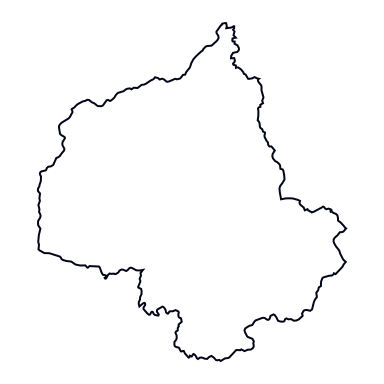 the district of Huu Lung, Lạng Sơn, Vietnam
{"feature_id": "81297802B35079403712963", "entity_name": "Huu Lung", "entity_type": "district", "adm_level": 2, "iso_a3": "VNM", "parent_name": "Vietnam", "parent_adm1": "Lạng Sơn", "projection": "mercator", "projection_center": [106.335, 21.575], "detail": "fine", "context": "isolated", "style": "outline", "palette": "ink", "viewbox_px": 384, "rotation_deg": 0, "n_neighbors": 0, "source": "geoboundaries", "source_scale": "gbopen_adm2", "svg_char_len": 5915}
<svg xmlns="http://www.w3.org/2000/svg" viewBox="0 0 384 384"><path d="M82.8,101.4L78.1,103.9L75.9,105.7L74.3,107.5L71.7,109.1L71.6,109.5L72.4,111.2L72.4,112.4L69.7,117.3L68.5,118.5L61.6,122.7L60.0,124.3L59.1,125.8L59.0,127.5L60.0,133.8L61.1,135.0L64.4,136.9L64.9,137.7L64.8,138.5L62.8,141.7L62.3,143.2L62.5,145.3L64.4,148.8L64.2,150.4L61.8,153.2L59.6,156.3L58.3,157.2L56.3,158.0L53.3,164.9L50.8,166.4L49.0,166.6L47.9,167.0L46.8,168.1L46.2,169.8L45.7,170.4L41.4,171.4L40.5,172.1L39.9,173.0L39.9,174.1L41.0,176.6L40.9,180.1L40.6,181.9L39.7,184.3L39.3,186.4L38.1,188.4L37.9,189.7L38.1,191.3L39.7,193.0L40.0,193.7L39.4,198.3L39.9,200.9L38.4,205.1L39.4,209.1L39.1,212.2L40.2,214.1L40.6,216.0L40.1,217.8L38.4,220.5L38.0,221.9L38.2,225.2L40.4,228.7L38.9,234.8L38.3,240.9L38.3,242.2L39.0,244.8L38.5,249.3L39.6,250.4L44.4,253.1L49.3,253.2L59.7,256.5L60.4,257.0L61.6,259.1L62.7,259.9L66.5,261.0L71.3,261.6L75.5,264.5L80.1,265.5L85.3,265.4L87.3,267.6L87.8,267.7L89.5,266.1L98.9,266.5L99.9,267.8L101.5,272.3L102.6,274.3L103.0,274.8L105.7,275.3L106.2,275.8L105.9,277.0L104.7,277.9L105.2,278.6L105.7,278.6L106.2,278.3L108.0,275.0L109.6,273.5L111.5,273.9L113.8,273.6L115.0,274.1L115.8,274.0L118.3,272.5L119.5,270.6L121.4,269.6L122.9,269.6L126.2,271.0L127.4,270.3L129.6,268.0L130.9,267.7L132.1,268.0L136.3,270.3L139.9,270.5L143.0,269.9L140.5,273.1L141.0,275.5L139.6,278.9L140.3,280.8L140.3,281.7L138.1,287.1L138.4,287.6L141.1,288.9L141.6,290.9L141.5,294.1L140.1,297.2L140.0,299.6L138.8,302.1L138.8,304.2L139.4,306.5L143.1,303.3L144.6,302.9L145.1,303.7L145.2,304.9L143.5,307.7L143.5,309.1L147.7,313.8L149.2,314.8L150.0,314.6L151.3,312.1L152.1,311.7L152.8,312.0L153.7,313.9L154.6,314.8L157.3,315.5L158.4,315.5L158.8,314.5L156.9,311.7L157.0,310.1L157.7,309.3L162.5,306.6L163.3,306.9L164.7,308.4L165.5,309.9L166.1,312.4L167.4,313.6L168.2,313.5L169.5,311.4L173.0,311.2L175.6,310.1L178.3,311.4L178.8,312.4L178.3,314.5L178.6,316.7L179.1,317.4L181.1,318.4L181.7,321.8L178.8,324.3L178.5,325.4L178.8,326.2L177.8,327.9L177.7,330.5L176.0,331.6L175.5,332.3L175.6,333.3L176.6,335.3L176.7,338.1L176.3,339.6L174.4,342.0L174.4,344.8L174.8,346.1L175.6,346.8L178.9,347.7L180.8,351.3L181.3,351.5L183.1,350.9L183.8,351.0L184.9,353.4L188.6,357.6L189.4,357.3L189.9,355.7L191.7,356.5L193.1,354.3L193.5,354.0L194.6,354.6L195.9,356.2L196.9,358.2L198.0,359.0L199.8,357.7L201.3,357.5L202.7,357.8L204.8,358.7L207.2,358.9L208.8,357.2L211.4,355.9L213.7,357.5L216.1,360.1L217.3,360.3L219.3,359.9L220.7,361.0L225.0,358.4L228.2,358.0L229.2,357.5L236.3,350.0L240.3,350.2L241.3,349.4L244.5,351.1L247.9,349.7L250.4,349.6L251.5,349.2L253.0,347.9L253.6,346.7L253.7,345.1L253.3,343.4L253.8,341.3L252.4,338.8L247.9,337.0L247.1,336.3L245.2,332.7L244.5,330.7L244.8,329.3L245.5,328.2L249.4,325.8L252.3,325.0L254.5,321.5L255.7,320.4L261.8,318.1L263.1,317.8L264.5,317.9L267.2,319.7L268.5,319.8L269.6,318.8L270.5,315.9L273.5,314.4L274.6,314.9L276.3,317.2L278.0,320.7L280.1,321.5L282.7,321.7L283.9,321.4L284.5,320.8L285.1,319.2L286.3,318.4L288.4,319.3L291.1,319.1L293.8,320.7L296.4,320.5L298.9,319.3L302.5,316.0L302.6,315.3L302.0,313.7L303.7,310.7L305.0,310.1L307.0,310.0L310.2,310.8L312.1,309.3L313.9,302.0L315.0,299.5L316.9,297.1L316.3,292.8L318.1,290.3L318.8,287.4L320.9,286.1L321.1,281.5L322.5,278.0L323.4,277.4L328.9,275.8L331.9,275.5L333.7,274.2L334.0,273.3L335.6,274.1L342.4,266.9L343.7,264.4L345.8,261.9L343.7,260.1L342.6,258.5L340.2,253.6L339.2,250.4L335.9,246.3L334.1,243.1L333.6,241.6L333.6,239.7L334.6,237.8L337.4,235.4L339.8,232.3L342.2,232.0L343.5,231.5L346.1,228.4L345.3,228.0L343.9,226.0L340.3,222.2L338.3,220.9L338.0,220.1L338.0,218.1L337.3,215.1L335.7,213.8L333.3,212.9L331.8,211.6L330.7,211.8L330.5,211.1L331.4,210.7L331.6,210.2L330.9,209.4L328.3,208.6L327.1,209.1L326.0,209.1L325.2,208.6L324.1,207.1L323.4,206.7L322.8,206.7L322.0,207.4L313.7,211.8L311.7,212.4L311.2,211.8L310.0,211.5L309.4,210.9L308.3,210.5L307.5,209.2L304.8,210.3L303.7,207.5L300.2,204.6L299.7,203.6L299.5,203.0L300.0,200.9L297.9,199.9L293.0,198.5L290.3,198.3L285.6,198.4L281.1,199.3L279.8,192.3L279.5,188.2L280.3,185.8L282.4,183.1L284.5,179.5L284.2,175.3L283.4,170.9L282.6,169.4L280.4,168.8L280.1,165.6L279.4,164.2L277.3,162.2L275.2,161.1L273.1,158.6L272.3,156.1L272.7,153.9L274.8,150.5L271.4,146.4L269.5,146.5L268.7,145.7L268.2,144.8L267.9,142.4L266.6,140.9L264.6,136.9L264.5,135.1L265.1,133.0L264.8,132.4L263.0,131.6L262.2,129.2L260.2,127.7L259.9,126.8L259.6,123.4L258.9,121.6L257.7,120.4L258.3,116.2L258.4,111.4L258.0,108.5L258.6,107.5L260.4,106.9L260.3,104.8L263.0,103.2L262.2,100.8L263.3,98.0L263.4,97.1L261.5,90.3L261.5,86.8L261.2,85.3L259.1,82.8L258.0,81.0L258.1,79.4L258.9,78.8L256.9,78.3L254.6,77.1L252.0,78.4L248.8,78.9L248.1,78.8L245.6,74.5L243.8,73.8L243.4,72.3L240.9,69.3L238.1,67.5L236.8,67.4L236.0,67.8L235.8,65.4L233.6,64.9L233.2,64.5L233.1,63.4L234.2,62.5L234.7,61.5L234.8,60.3L234.2,58.1L231.0,58.3L231.2,55.9L233.1,52.8L237.2,52.0L238.6,50.5L239.0,49.1L238.8,47.9L237.4,45.3L234.5,43.7L234.7,41.6L232.7,41.4L232.3,40.5L232.5,38.6L234.2,37.9L235.8,37.7L233.5,35.2L234.5,31.6L233.1,29.7L234.1,28.4L234.2,26.3L233.8,26.2L232.4,27.1L230.9,27.6L226.3,28.2L226.8,26.3L226.2,23.2L225.3,23.0L222.2,23.7L221.9,24.7L221.1,25.1L216.5,31.5L216.5,33.0L218.2,35.6L218.6,37.5L218.3,38.8L216.9,40.8L211.6,45.6L207.0,46.1L205.7,46.6L203.3,49.1L202.6,50.6L200.8,51.8L195.8,56.5L193.2,59.5L191.3,63.2L189.9,67.5L186.2,72.1L185.2,74.6L183.0,74.9L180.6,78.0L179.9,78.6L176.9,79.3L175.7,78.9L174.9,78.9L169.2,81.4L167.1,81.8L166.3,81.5L164.5,79.8L162.7,78.8L161.8,78.8L159.7,79.5L157.9,78.0L155.0,77.3L153.5,79.2L150.7,80.5L146.0,83.7L144.0,84.6L141.5,84.9L137.6,88.0L133.9,87.7L131.4,89.3L130.0,88.4L127.5,88.7L126.3,89.1L123.3,91.3L117.9,92.9L116.0,94.8L114.3,97.6L112.7,99.2L110.4,100.9L109.6,100.8L108.3,100.0L106.7,100.2L103.0,105.4L101.3,106.2L98.2,106.1L97.3,105.8L94.3,103.3L91.9,102.3L89.0,100.0L87.2,99.8L85.2,100.9L82.8,101.4Z" fill="none" stroke="#020617" stroke-width="2"/></svg>